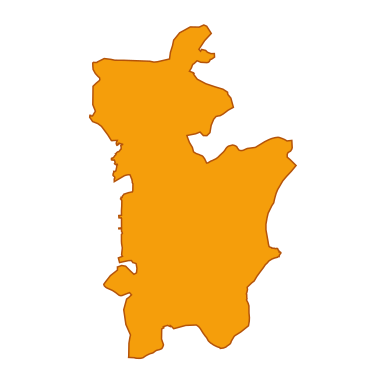 At Ta'iziyah, Ta`izz, Yemen (Mercator projection), rotated 91°
{"feature_id": "15242507B60919761418244", "entity_name": "At Ta'iziyah", "entity_type": "district", "adm_level": 2, "iso_a3": "YEM", "parent_name": "Yemen", "parent_adm1": "Ta`izz", "projection": "mercator", "projection_center": [44.019, 13.682], "detail": "fine", "context": "isolated", "style": "filled", "palette": "amber", "viewbox_px": 384, "rotation_deg": 91, "n_neighbors": 0, "source": "geoboundaries", "source_scale": "gbopen_adm2", "svg_char_len": 6031}
<svg xmlns="http://www.w3.org/2000/svg" viewBox="0 0 384 384"><g transform="rotate(91 192 192)"><path d="M320.2,132.5L316.6,132.4L312.0,132.9L304.9,133.1L302.6,133.8L301.1,134.5L299.3,135.5L298.6,135.6L298.0,135.2L297.3,135.2L297.1,135.3L296.6,135.4L293.6,135.5L293.0,135.9L291.0,135.3L288.5,134.8L286.3,135.2L281.8,130.7L279.9,128.3L275.3,125.7L270.6,122.4L266.5,119.4L263.4,117.4L261.9,115.8L259.5,113.8L257.7,111.0L256.6,108.4L255.8,105.5L255.0,104.5L255.1,103.8L253.3,103.4L251.6,102.1L251.0,102.1L250.5,102.6L250.6,103.8L250.4,103.9L250.0,103.7L249.5,103.9L249.1,104.4L248.7,104.5L248.2,105.1L247.4,105.2L247.0,105.6L246.9,106.3L247.0,106.8L247.2,107.0L247.2,108.0L246.9,108.2L246.8,108.8L246.8,109.4L246.9,109.7L246.8,110.1L246.8,111.1L246.4,111.2L246.1,111.9L245.6,113.5L244.9,114.1L244.0,114.3L242.6,114.7L239.7,115.2L239.3,115.3L228.5,117.4L222.9,117.5L216.4,116.5L211.8,115.5L204.2,111.9L201.4,110.1L198.8,109.6L196.5,109.1L192.0,107.9L188.1,106.4L179.2,101.4L174.7,97.7L169.6,93.1L163.7,88.4L159.5,92.8L157.9,94.5L155.5,97.4L152.8,97.5L150.9,96.7L149.4,94.2L147.5,93.0L146.0,92.6L138.7,93.1L139.3,97.9L137.9,100.4L136.9,102.9L136.0,105.6L135.8,107.0L136.2,109.8L136.9,112.4L137.4,113.9L138.5,116.4L140.4,120.1L146.3,129.4L147.5,137.4L148.2,139.0L149.4,141.5L149.7,142.9L149.7,144.3L149.4,145.6L148.3,146.5L147.3,147.3L146.0,148.0L145.3,149.0L144.7,150.4L144.3,152.2L145.4,156.1L146.1,157.2L147.1,158.2L148.2,159.0L149.4,159.7L150.4,160.4L151.6,161.4L154.7,164.6L156.7,166.5L157.5,167.5L158.4,168.7L159.6,171.1L160.2,172.2L160.7,173.6L162.6,176.6L162.8,177.9L158.5,180.0L156.3,181.7L155.5,182.8L155.1,184.2L154.5,185.4L153.4,188.7L151.8,191.2L147.4,192.4L146.3,193.1L142.6,195.4L138.2,197.2L135.6,198.1L133.7,189.3L131.9,185.0L135.4,181.6L135.4,178.1L132.3,175.1L125.0,174.0L118.9,171.6L116.1,169.3L115.5,167.1L115.2,165.2L113.5,162.3L109.5,157.2L106.6,152.1L97.4,154.8L93.8,157.9L91.6,158.2L88.7,162.8L86.4,170.9L83.5,180.1L79.3,188.4L78.8,189.0L75.0,191.9L73.4,192.8L73.3,192.2L72.8,192.5L71.3,196.7L67.8,194.7L65.3,193.9L64.2,193.2L63.5,192.1L60.7,189.2L62.2,185.3L62.2,183.9L62.4,179.5L62.1,178.1L61.3,177.1L60.1,176.4L59.2,176.1L58.9,174.8L56.7,171.8L53.2,172.1L53.3,175.5L52.0,179.0L50.2,180.8L49.3,184.9L51.1,185.9L49.2,187.6L40.4,182.0L33.1,175.5L26.0,180.2L24.8,183.1L27.0,187.7L27.0,196.6L33.0,207.1L40.5,213.0L45.9,214.0L52.7,216.0L59.4,216.8L62.4,228.9L62.8,232.3L62.0,236.4L61.5,262.3L61.6,271.4L60.8,275.4L60.1,282.1L63.7,289.0L64.1,289.3L64.2,290.8L64.1,292.8L64.8,293.5L68.3,293.3L71.2,293.0L75.2,290.7L78.0,288.1L79.4,286.4L81.4,286.1L82.3,286.7L84.9,289.7L88.0,292.8L106.4,292.7L112.9,290.0L117.7,292.8L117.8,294.6L117.1,294.6L117.1,295.4L119.1,295.6L123.3,292.6L125.3,287.3L127.9,283.7L136.3,277.2L142.0,273.5L142.1,272.7L141.9,271.9L141.7,267.6L144.0,268.5L144.9,268.6L146.4,268.1L146.7,267.8L146.6,267.6L146.4,267.5L145.7,266.2L145.1,265.9L144.9,265.8L144.8,266.0L144.9,266.5L144.5,266.1L144.4,265.9L144.5,265.4L144.8,265.0L144.8,264.8L144.8,264.4L144.9,263.9L145.2,263.6L145.4,263.4L145.3,262.6L145.5,262.2L145.9,262.3L146.3,263.5L146.6,263.9L146.8,264.0L147.2,264.0L147.5,263.8L148.0,263.7L148.9,263.6L149.8,263.6L150.2,263.8L150.3,263.7L150.7,264.2L151.7,264.8L152.9,265.9L153.0,266.1L153.1,266.9L154.1,268.2L154.8,268.4L155.2,268.7L155.2,268.9L155.5,268.7L156.1,268.9L157.0,269.8L158.4,270.7L159.1,271.4L159.2,271.7L159.5,271.9L159.5,272.6L159.8,273.1L160.2,273.0L160.4,273.1L161.2,273.1L161.3,272.9L161.1,272.8L161.4,272.0L161.6,271.5L161.5,271.1L161.4,270.7L161.4,270.2L162.0,269.9L164.0,269.3L164.7,269.9L164.9,270.0L165.2,269.8L165.6,269.3L165.9,269.0L165.9,268.8L165.9,268.4L165.6,268.1L165.7,267.8L165.6,267.2L166.0,267.1L166.0,267.4L166.2,267.6L168.9,267.8L169.5,268.0L170.9,268.2L172.3,268.6L172.7,269.3L172.8,269.6L172.7,270.0L172.7,270.6L173.2,270.5L173.7,270.5L174.7,271.1L175.4,271.1L176.1,271.3L176.9,271.2L178.1,269.8L178.5,269.5L179.5,269.5L179.9,269.7L180.3,270.0L183.0,269.9L176.9,259.9L176.4,258.5L176.0,256.9L175.8,255.2L176.0,254.2L179.5,252.8L180.4,252.3L180.8,252.3L182.7,251.9L183.6,251.9L184.4,251.5L184.8,251.2L191.4,251.2L192.0,251.3L192.9,251.6L193.8,255.6L195.4,260.1L195.8,260.2L197.0,261.3L197.4,261.5L198.4,261.7L198.6,261.8L198.6,262.1L198.5,262.8L199.5,263.0L200.0,263.1L200.2,263.3L200.3,263.2L200.3,262.9L200.4,262.5L200.9,262.6L201.9,262.1L202.0,262.0L207.5,262.0L211.7,262.2L216.5,262.1L216.8,264.8L219.1,264.6L219.2,262.8L219.1,262.4L219.5,262.4L219.7,262.0L229.1,261.8L229.4,264.6L230.1,264.5L230.0,261.8L232.4,261.8L233.2,261.3L234.6,260.9L235.7,261.8L240.3,261.7L242.2,261.7L244.8,261.5L249.1,260.7L256.0,261.3L257.5,260.4L259.2,264.5L263.8,263.2L261.7,254.3L261.6,251.4L263.7,249.8L263.8,248.8L264.6,246.6L269.4,245.7L273.8,246.1L275.3,248.6L272.0,252.3L267.4,257.0L267.3,257.3L266.7,261.0L268.3,265.3L268.8,265.2L271.4,265.2L277.0,272.1L283.1,276.7L285.8,278.6L287.3,278.1L288.8,276.5L289.5,275.3L291.6,270.3L292.3,269.0L294.0,266.4L296.5,263.1L296.9,261.8L296.8,260.3L295.0,256.0L293.7,252.7L295.9,250.7L298.2,253.0L300.2,255.5L310.9,258.2L325.6,255.8L336.0,251.0L338.9,251.6L344.3,252.4L357.2,252.4L358.5,252.5L358.7,246.6L358.8,246.6L359.1,245.3L359.2,244.0L359.2,240.8L358.9,239.3L358.5,238.0L356.9,235.8L356.1,234.5L354.8,232.0L354.3,230.8L353.9,229.3L353.4,228.0L352.5,226.9L351.7,225.9L351.0,224.8L350.6,223.5L350.3,222.2L349.8,220.9L349.2,219.6L348.2,218.9L346.8,218.3L345.5,217.9L345.1,217.9L339.6,219.9L329.5,219.9L328.3,217.8L327.9,217.9L327.7,218.4L327.4,218.5L327.1,218.1L326.2,215.5L325.9,214.3L325.8,214.2L326.9,211.4L326.0,211.3L327.1,209.8L329.0,207.9L325.5,195.9L324.9,185.3L326.5,183.0L328.3,181.4L332.8,178.5L336.0,176.1L337.2,175.0L338.3,174.3L339.5,173.7L340.7,172.9L341.7,171.8L342.7,170.7L343.3,169.6L344.1,168.5L344.9,167.1L346.2,164.3L346.7,162.9L347.0,161.6L347.4,161.3L347.9,161.0L347.6,159.0L347.4,157.6L346.9,156.6L346.5,155.5L345.3,154.1L343.5,151.6L342.8,151.0L341.9,150.5L341.0,150.3L339.9,149.8L335.7,147.4L334.9,146.6L331.1,140.8L324.8,133.2L320.2,132.5Z" fill="#f59e0b" stroke="#b45309" stroke-width="1.5"/></g></svg>